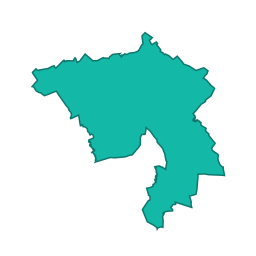 Tērvetes pag., Tervetes, Latvia, rotated 277°
{"feature_id": "27541924B26561514973338", "entity_name": "Tērvetes pag.", "entity_type": "district", "adm_level": 2, "iso_a3": "LVA", "parent_name": "Latvia", "parent_adm1": "Tervetes", "projection": "orthographic", "projection_center": [23.319, 56.485], "detail": "fine", "context": "isolated", "style": "filled", "palette": "teal", "viewbox_px": 256, "rotation_deg": 277, "n_neighbors": 0, "source": "geoboundaries", "source_scale": "gbopen_adm2", "svg_char_len": 5675}
<svg xmlns="http://www.w3.org/2000/svg" viewBox="0 0 256 256"><g transform="rotate(277 128 128)"><path d="M31.3,169.3L32.5,169.8L33.8,172.4L33.8,173.7L33.6,174.7L40.1,174.2L44.3,173.1L47.0,174.1L47.3,173.4L47.5,173.6L47.5,173.9L47.6,174.0L47.9,173.4L48.2,173.4L49.5,175.3L50.3,177.8L51.2,182.3L51.9,182.4L52.5,182.2L53.7,180.8L54.4,180.2L54.6,180.2L55.9,181.2L57.5,181.9L58.0,184.5L58.5,184.4L59.2,184.6L60.1,183.9L59.7,186.4L58.6,192.2L57.0,200.7L56.9,200.8L56.9,201.0L59.2,200.0L62.8,199.6L68.0,197.3L69.4,201.1L70.5,203.5L74.8,203.9L84.0,203.5L86.1,203.5L90.7,203.1L91.3,206.7L91.7,209.9L91.5,213.7L92.6,227.1L92.6,229.6L99.7,227.3L100.8,227.3L100.9,226.1L103.0,223.6L105.9,222.0L108.5,220.9L111.9,221.0L112.8,220.5L115.9,214.5L117.4,213.7L118.2,213.7L119.0,214.0L123.3,216.3L123.7,216.2L124.8,214.9L125.4,214.4L125.7,213.9L126.4,213.3L130.3,209.2L130.9,208.9L131.9,209.0L133.8,206.3L135.0,205.1L136.9,205.6L137.2,205.5L138.8,201.7L139.6,200.4L140.7,199.8L142.4,199.7L142.5,199.2L142.8,198.8L142.7,198.3L143.0,198.1L143.4,198.1L143.5,197.7L143.7,197.2L144.0,196.9L143.9,196.6L144.1,196.5L144.5,195.6L144.3,195.2L143.9,195.3L143.8,195.1L143.0,194.7L143.4,194.5L143.6,194.1L142.8,194.0L142.6,193.7L142.7,193.4L143.0,193.2L143.5,193.3L143.6,193.6L143.9,192.6L143.1,192.0L143.1,191.8L143.3,191.6L144.1,191.6L144.3,192.0L144.6,192.0L144.8,192.3L144.9,191.8L145.3,191.8L145.6,192.1L145.4,192.6L145.3,192.8L145.5,192.6L145.2,193.2L146.3,193.5L147.0,193.4L147.4,192.9L147.6,192.9L147.6,193.2L148.1,193.0L148.9,192.0L148.9,191.8L149.1,191.6L149.9,191.4L150.1,191.2L150.3,190.8L150.6,190.9L150.8,191.3L152.5,192.7L160.6,197.8L162.7,200.6L163.8,201.7L165.0,201.4L170.1,206.5L177.8,209.1L178.6,208.2L180.7,204.6L181.1,204.5L182.8,202.5L185.0,200.1L186.2,197.8L186.4,197.2L186.4,196.8L189.4,198.1L189.8,198.4L190.6,199.2L191.5,199.8L194.5,200.4L197.0,196.0L193.4,188.4L197.0,181.1L198.2,175.4L199.8,174.2L205.3,168.1L201.5,164.4L201.6,164.2L204.8,159.7L205.9,156.2L205.3,155.3L206.8,153.6L207.9,150.6L209.5,151.0L213.1,147.4L214.1,146.2L215.4,147.1L216.8,145.6L213.7,141.6L214.8,140.4L217.8,138.4L219.0,139.9L220.6,141.1L224.7,133.3L221.2,130.7L218.3,131.3L213.5,132.7L212.0,131.5L206.5,129.3L205.2,128.1L203.8,125.5L203.4,124.2L202.6,120.6L201.4,118.7L201.0,117.9L200.8,117.3L200.9,116.7L201.3,115.7L200.2,115.0L199.7,113.9L199.7,113.1L198.6,113.3L197.8,112.7L200.3,110.2L200.8,110.7L200.6,109.9L199.5,104.9L199.2,104.0L198.7,103.3L196.6,101.3L195.6,100.7L194.6,100.6L194.7,98.4L194.7,96.3L194.3,95.6L194.8,94.7L191.1,89.4L190.4,85.0L196.2,76.4L189.3,72.4L188.5,71.8L186.9,69.4L190.6,67.6L191.2,66.9L190.4,66.2L187.9,65.6L187.3,58.9L186.8,58.6L186.5,57.7L186.2,57.4L186.2,57.1L186.2,56.9L186.4,56.9L186.7,57.3L187.1,57.1L187.4,56.7L187.3,55.8L178.6,49.0L179.1,48.3L180.8,47.0L179.4,44.4L177.3,41.4L174.8,33.1L174.4,32.2L174.2,31.2L175.5,29.4L171.5,26.4L170.4,27.1L164.4,32.4L157.4,27.8L157.3,29.1L157.1,29.5L153.7,32.3L152.5,34.9L152.4,35.2L152.3,37.0L149.9,41.0L151.7,44.8L153.9,48.6L155.8,52.4L152.6,55.0L146.5,60.5L142.8,63.8L140.8,66.0L139.7,66.9L138.6,67.2L137.9,67.8L136.5,69.5L134.4,70.2L132.6,70.2L131.2,69.6L130.3,69.9L131.2,71.7L134.8,77.4L132.0,78.3L126.9,79.7L126.9,79.8L124.4,80.5L124.7,81.3L125.5,81.6L125.5,82.8L124.5,82.8L123.9,83.2L123.8,83.3L123.9,84.7L123.8,85.2L123.4,86.1L122.6,87.4L121.8,87.9L120.6,88.1L120.0,88.3L119.1,89.0L118.5,90.1L116.6,90.9L116.5,91.4L116.7,91.7L117.3,92.3L117.5,92.7L117.5,93.2L116.8,94.1L115.0,95.1L113.7,94.7L113.4,94.4L113.2,93.7L112.6,93.2L112.1,91.8L111.8,91.2L111.1,90.5L110.4,90.7L109.4,90.7L109.2,91.0L109.2,91.3L109.8,91.7L109.9,91.9L109.9,92.1L109.1,92.6L108.7,92.7L106.9,92.1L105.8,92.2L105.7,92.3L105.8,92.5L106.2,92.7L106.5,93.1L106.5,93.5L105.8,93.5L105.1,93.3L104.0,94.5L103.6,95.2L103.2,95.6L103.1,95.9L103.2,96.1L103.2,96.4L103.0,96.5L102.8,96.3L102.7,95.9L102.3,95.8L102.1,96.0L102.3,96.7L102.1,97.1L102.1,97.4L101.9,97.6L101.0,97.4L100.5,96.3L100.2,95.8L99.3,95.0L99.1,95.2L99.1,95.4L99.4,95.8L99.4,96.2L98.0,97.5L97.4,97.7L97.1,98.0L96.9,98.3L96.9,99.0L95.9,99.2L95.8,98.9L95.5,98.8L95.2,99.0L95.1,99.3L93.8,99.7L93.3,100.1L93.1,100.2L92.7,100.0L92.4,99.5L91.8,99.6L91.4,100.2L90.2,99.7L91.0,101.4L96.4,113.6L96.7,115.3L96.7,117.7L97.0,119.4L98.8,127.8L99.4,129.7L100.6,131.8L101.2,133.2L101.9,135.5L109.8,140.7L112.9,142.3L119.8,141.5L120.7,141.5L123.2,142.5L123.8,145.7L127.7,146.0L130.6,145.9L127.8,150.2L126.5,151.5L122.2,155.4L120.1,157.9L119.6,158.1L117.3,158.8L114.1,162.6L112.0,164.7L111.3,165.3L110.2,166.0L110.0,165.8L107.0,167.6L100.5,169.6L100.0,169.9L99.1,170.8L95.3,170.5L91.5,170.4L92.4,169.4L92.2,168.3L93.1,167.4L93.3,166.9L93.4,165.8L93.9,164.5L93.9,164.0L94.1,163.5L93.0,159.7L92.7,160.1L92.6,159.6L92.2,159.6L92.2,159.9L91.6,159.9L91.6,160.0L91.8,160.2L91.7,160.3L91.3,160.4L90.9,160.7L90.4,160.7L89.7,161.0L88.5,161.3L88.1,161.6L87.2,161.5L87.1,161.8L86.6,162.0L86.5,162.3L86.0,162.3L85.4,162.7L85.0,162.1L84.5,162.4L84.3,162.3L83.4,162.5L83.3,162.3L83.5,162.0L83.9,161.8L84.0,161.5L83.9,161.4L83.6,161.6L83.6,161.3L83.3,161.2L83.2,161.3L83.3,161.5L83.2,161.5L82.8,161.4L82.6,161.4L82.8,161.7L82.7,161.8L81.4,162.6L81.0,162.0L81.0,162.3L80.4,162.5L80.3,162.2L80.4,161.8L80.6,161.7L80.5,161.2L80.2,160.9L79.9,161.0L79.8,161.4L79.7,161.5L79.5,161.2L79.1,161.2L79.0,161.5L79.4,161.9L79.3,162.1L78.5,162.4L78.4,162.4L78.1,162.0L77.8,162.3L77.4,162.5L77.1,162.1L76.6,161.2L76.2,161.1L76.1,160.9L75.4,160.7L75.3,160.4L75.2,160.1L75.0,159.7L74.3,159.7L73.5,160.1L73.2,159.9L72.1,158.3L71.3,156.5L70.5,153.9L64.4,156.5L63.9,156.5L63.3,157.7L62.5,158.2L59.3,158.7L58.5,157.1L48.8,152.2L37.3,158.6L34.4,166.0L33.8,166.8L32.6,168.9L31.3,169.3Z" fill="#14b8a6" stroke="#0f766e" stroke-width="1.5"/></g></svg>